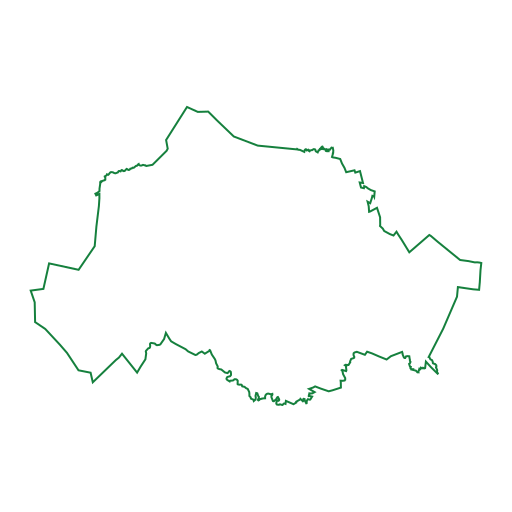 Xalisco, Nayarit, Mexico
{"feature_id": "50627088B39496804164051", "entity_name": "Xalisco", "entity_type": "district", "adm_level": 2, "iso_a3": "MEX", "parent_name": "Mexico", "parent_adm1": "Nayarit", "projection": "equal_earth", "projection_center": [-104.936, 21.399], "detail": "fine", "context": "isolated", "style": "outline", "palette": "green", "viewbox_px": 512, "rotation_deg": 0, "n_neighbors": 0, "source": "geoboundaries", "source_scale": "gbopen_adm2", "svg_char_len": 6080}
<svg xmlns="http://www.w3.org/2000/svg" viewBox="0 0 512 512"><path d="M474.8,262.4L468.5,261.1L460.1,260.0L438.1,242.1L430.8,235.9L429.3,235.0L409.3,252.3L401.9,240.2L398.1,234.4L396.5,231.7L393.5,235.5L389.9,234.1L384.2,231.0L382.8,228.6L380.0,226.0L380.2,224.9L380.1,217.3L377.0,207.8L370.1,211.5L369.1,211.8L368.7,206.2L367.6,201.7L370.2,203.2L371.8,198.2L372.4,195.8L374.0,196.4L374.2,196.8L374.7,191.4L370.9,190.1L367.8,188.3L366.4,187.1L364.2,186.2L364.1,187.3L363.9,188.2L361.0,187.5L359.7,182.5L363.0,183.0L360.0,171.1L355.3,172.6L354.5,170.3L346.2,172.2L344.5,167.9L342.0,163.5L340.2,159.0L335.6,157.8L332.9,157.4L332.0,157.0L333.1,153.2L332.9,153.1L333.2,152.1L333.3,150.4L332.8,147.9L332.5,148.0L332.3,147.8L331.5,147.6L329.9,149.7L329.0,149.4L328.1,149.9L327.9,150.2L328.6,150.8L328.6,151.2L327.5,151.2L327.1,150.9L326.8,151.2L325.8,150.9L325.6,150.5L325.7,150.2L326.3,150.1L326.5,149.9L327.0,149.6L326.9,149.3L326.6,149.2L326.2,149.1L325.2,149.6L324.1,148.7L323.4,149.2L323.0,149.1L322.9,148.8L321.7,149.0L321.5,148.4L323.0,147.7L322.8,147.2L322.6,147.1L322.4,146.6L322.0,146.7L321.2,147.5L320.6,148.5L319.9,148.8L319.6,149.5L319.9,149.7L318.8,150.6L318.5,150.5L317.7,152.4L315.8,151.3L315.2,149.5L313.9,149.1L313.3,149.3L312.2,150.1L311.4,150.1L310.4,150.5L310.0,150.8L309.1,150.2L309.1,151.0L306.7,149.6L306.4,150.2L305.4,149.4L304.7,150.1L304.3,151.9L300.0,149.9L298.1,149.7L297.7,149.3L297.1,148.9L296.8,149.4L257.7,145.6L233.8,136.5L216.9,120.3L208.2,111.6L197.8,111.9L187.0,107.0L166.1,140.0L167.7,148.7L166.6,150.8L152.5,164.8L146.2,166.0L145.4,165.3L144.3,165.3L143.8,165.0L142.9,164.9L141.9,165.4L141.0,165.6L140.1,165.5L139.0,165.0L138.7,164.0L138.2,164.3L136.9,165.8L136.0,165.9L133.7,167.8L132.5,167.7L131.7,168.5L130.7,168.6L130.3,168.7L129.9,169.4L128.9,170.0L128.2,169.9L127.5,169.3L126.6,168.9L124.6,171.0L124.1,170.9L123.3,171.1L122.5,170.3L121.8,170.0L121.4,170.2L120.6,171.4L120.3,171.4L119.4,171.0L118.9,171.0L118.4,171.4L117.9,172.4L115.5,173.3L114.3,173.1L112.9,172.3L111.0,172.1L110.2,172.5L108.6,174.5L108.3,174.8L107.8,174.7L107.0,174.3L106.6,175.2L106.2,175.6L104.7,176.4L104.7,176.7L105.3,177.5L105.3,179.6L104.8,179.8L104.7,180.2L102.4,180.9L101.3,182.0L101.0,181.3L100.7,181.4L100.4,181.7L100.2,182.2L100.2,183.9L99.5,188.7L99.5,189.0L99.5,191.1L97.5,192.7L95.4,193.7L96.2,195.4L99.4,194.0L99.4,198.3L98.9,206.0L96.4,226.5L94.7,246.2L78.6,269.8L49.1,263.4L43.4,288.9L30.7,290.6L34.7,302.3L35.1,322.1L45.3,329.0L59.9,344.7L67.0,352.9L78.5,370.3L90.6,372.7L92.8,382.3L115.9,360.0L118.9,357.6L122.0,353.7L137.1,372.6L140.7,366.5L145.4,359.3L146.2,353.4L145.8,351.3L146.1,350.7L148.3,348.3L149.5,348.0L150.0,347.2L150.2,345.9L150.0,344.0L150.4,343.3L151.1,342.9L154.7,343.5L155.3,343.9L155.5,344.4L156.9,345.2L159.6,344.8L160.4,344.3L164.1,339.0L165.9,332.9L169.1,338.3L171.1,341.3L175.7,344.0L185.6,349.2L188.1,351.4L195.4,355.0L196.7,354.7L198.8,353.0L201.8,351.5L204.8,353.7L209.3,350.9L209.6,350.1L210.1,350.3L211.8,354.5L214.8,359.0L215.5,360.5L216.1,363.3L217.7,366.4L217.5,368.0L217.9,368.5L219.3,369.1L221.3,369.5L225.0,372.5L227.6,373.1L229.4,371.0L230.3,371.3L230.8,371.9L231.0,373.8L231.0,375.0L230.1,376.2L227.3,377.0L226.5,378.4L226.6,379.2L227.2,379.9L229.6,381.4L229.7,381.1L230.2,380.7L232.1,380.6L233.4,380.3L234.0,379.6L234.7,379.2L236.1,379.3L236.7,379.6L237.2,380.0L237.7,380.7L237.7,381.3L237.6,383.5L237.6,384.1L237.9,384.4L239.4,384.7L240.9,384.6L241.4,384.7L241.9,385.2L242.0,385.9L242.3,386.4L244.5,386.8L246.1,388.2L247.7,388.9L249.2,392.0L249.4,393.8L249.4,396.0L250.7,397.4L250.9,398.6L253.5,399.7L253.8,401.0L255.5,399.6L255.7,398.5L255.8,397.2L255.5,396.0L256.2,393.0L257.3,393.3L258.2,396.0L258.9,396.9L258.8,397.9L257.9,399.9L258.4,400.4L259.4,399.9L259.8,399.0L261.3,398.9L261.7,398.6L262.5,398.6L262.9,398.4L265.1,398.3L265.1,396.5L265.6,395.1L266.5,394.1L267.4,393.7L268.4,393.6L271.0,394.3L272.3,393.9L272.4,394.6L271.9,395.6L271.4,396.0L271.4,397.1L272.9,401.0L273.3,401.2L273.9,401.2L276.5,398.9L276.7,398.2L277.1,397.6L277.5,397.1L277.9,397.0L279.1,399.2L279.2,399.8L279.1,400.2L278.5,400.8L278.2,400.8L277.9,400.4L277.6,400.4L277.2,400.6L276.8,401.0L276.3,403.0L276.3,403.6L276.6,404.2L277.0,404.6L279.0,404.8L279.9,404.3L280.3,404.4L282.3,405.0L282.6,404.9L283.0,404.4L283.8,403.6L284.5,403.5L285.5,403.9L285.9,400.9L293.5,404.2L296.3,402.5L296.2,401.7L300.1,399.5L300.4,398.9L302.9,401.3L303.7,400.6L303.4,399.0L303.7,398.8L304.6,399.1L304.7,400.3L306.2,403.3L306.6,403.2L306.8,400.7L307.9,399.2L309.9,399.7L310.3,399.5L312.1,396.6L309.5,396.0L308.8,396.1L308.8,395.5L309.3,393.7L309.5,393.9L309.6,393.5L312.2,393.4L314.6,392.1L309.1,388.9L313.2,387.5L315.1,386.4L320.5,388.5L328.7,391.3L332.5,390.3L340.9,387.6L340.8,382.6L340.6,380.7L342.7,380.8L344.6,380.5L344.7,380.2L345.2,379.8L345.2,378.1L343.1,374.2L342.4,371.0L341.7,370.2L342.1,369.9L346.1,371.1L346.4,370.3L346.0,367.1L346.3,366.2L344.9,365.2L345.5,364.8L348.5,365.0L350.2,362.3L350.0,362.0L350.3,360.9L351.2,358.9L353.6,358.1L354.2,357.7L354.3,356.9L353.6,355.3L353.5,354.1L353.7,353.2L354.4,352.6L355.5,352.1L356.2,352.1L356.8,351.8L364.9,354.8L367.1,351.7L372.0,353.4L378.9,356.4L386.6,359.5L390.9,356.2L402.1,351.9L402.6,353.5L402.6,354.4L403.9,357.5L404.6,358.0L405.2,358.0L406.0,356.4L407.5,356.1L409.3,356.3L409.6,358.5L409.9,359.7L409.9,360.9L410.5,361.9L410.0,363.1L409.1,363.9L410.0,366.7L410.8,366.9L410.5,368.4L411.6,369.2L412.3,369.2L411.9,369.6L416.0,370.7L417.4,372.3L418.4,372.3L418.3,372.0L419.3,369.0L419.8,369.6L420.6,368.9L420.9,367.7L421.9,368.2L422.7,368.3L423.0,367.8L423.5,368.0L423.8,368.3L424.5,368.4L425.1,368.1L425.9,361.6L431.0,367.2L437.6,373.7L437.9,373.4L437.7,373.0L437.0,372.5L436.9,372.1L437.2,370.6L437.0,369.6L436.0,367.5L436.0,367.2L436.3,367.0L436.4,366.6L436.3,365.3L435.7,364.6L435.3,364.4L435.2,364.1L433.1,363.4L432.9,363.2L432.7,361.7L432.1,360.3L431.8,360.0L430.5,359.4L430.0,358.7L429.4,357.2L428.7,357.0L443.2,328.7L457.0,296.7L457.9,287.1L473.1,289.3L479.1,289.8L479.8,282.2L480.5,270.2L481.3,263.0L479.7,262.6L477.3,262.3L474.8,262.4Z" fill="none" stroke="#15803d" stroke-width="2"/></svg>